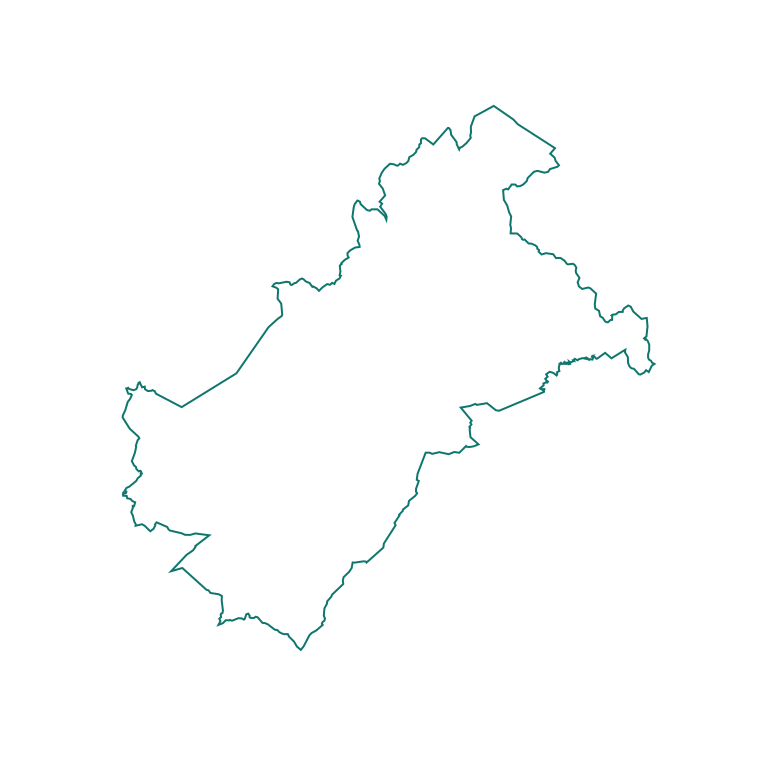 San Julián, Jalisco, Mexico (Mercator projection), rotated 223°
{"feature_id": "50627088B41443531165515", "entity_name": "San Julián", "entity_type": "district", "adm_level": 2, "iso_a3": "MEX", "parent_name": "Mexico", "parent_adm1": "Jalisco", "projection": "mercator", "projection_center": [-102.176, 20.994], "detail": "fine", "context": "isolated", "style": "outline", "palette": "teal", "viewbox_px": 768, "rotation_deg": 223, "n_neighbors": 0, "source": "geoboundaries", "source_scale": "gbopen_adm2", "svg_char_len": 6163}
<svg xmlns="http://www.w3.org/2000/svg" viewBox="0 0 768 768"><g transform="rotate(223 384 384)"><path d="M493.4,662.2L500.3,641.5L495.9,631.3L491.9,627.3L490.2,624.3L488.4,623.2L488.0,616.5L488.6,610.7L489.6,608.7L488.9,606.8L494.4,609.0L495.9,610.4L504.9,612.1L508.6,615.1L511.3,615.4L511.9,614.9L511.3,592.8L521.5,591.7L523.7,589.8L523.7,588.0L521.1,585.2L521.5,583.3L519.8,581.3L519.9,577.3L518.8,575.8L518.8,571.5L520.2,567.2L518.3,563.7L518.3,561.0L519.6,557.2L522.5,556.1L522.8,553.3L523.4,552.5L526.6,551.4L529.8,549.2L530.4,541.8L529.7,537.0L527.6,531.0L525.5,529.8L524.2,527.0L518.3,526.1L511.8,522.7L511.5,514.3L508.4,514.6L507.7,511.1L498.9,509.5L496.1,508.1L494.3,505.7L498.0,507.3L507.9,507.3L512.2,503.3L512.5,501.1L515.1,499.6L523.7,499.6L526.0,500.9L528.6,500.0L528.1,495.6L526.8,492.8L521.0,484.6L508.3,477.9L507.3,478.0L502.8,474.8L501.0,470.8L496.7,468.9L495.3,467.6L498.2,464.1L499.8,458.9L500.0,454.8L498.2,453.1L496.1,452.4L497.4,447.9L497.6,443.2L496.8,443.0L497.1,440.5L492.6,436.5L490.5,433.2L489.4,433.8L488.5,430.9L489.6,426.9L488.5,423.3L490.9,422.6L491.2,419.7L493.7,418.3L494.9,412.8L495.1,407.8L498.6,408.0L502.4,407.0L502.6,406.2L507.4,407.1L511.0,405.7L514.5,405.7L516.0,405.1L516.9,402.9L517.3,398.0L518.3,396.6L519.0,393.5L520.1,392.9L522.4,394.0L525.1,392.2L529.7,385.7L531.5,384.7L532.5,382.3L532.2,379.4L528.3,381.0L526.0,381.1L520.0,373.8L514.0,372.7L505.6,365.2L505.2,363.8L506.2,358.8L507.2,346.8L499.2,291.2L516.2,229.1L544.1,221.4L546.9,222.4L549.2,221.6L549.3,220.7L551.9,217.8L555.2,217.2L557.2,218.9L558.7,216.6L563.9,218.7L564.3,217.2L563.5,216.4L563.5,215.1L562.1,213.2L561.7,211.1L563.0,208.6L567.8,206.2L568.4,206.7L569.5,205.0L564.5,202.5L562.3,204.1L561.0,204.1L559.5,199.8L559.2,196.1L555.4,188.5L553.6,183.0L552.4,181.3L539.5,177.9L527.6,178.0L525.9,177.4L525.9,175.0L523.4,169.6L522.6,169.3L519.4,164.1L515.8,155.6L511.2,154.0L509.0,154.2L506.9,152.9L503.8,152.9L503.1,154.3L502.3,154.4L500.1,153.4L500.9,152.7L499.4,151.2L499.8,147.0L499.1,144.2L500.3,135.1L501.5,132.5L500.9,129.4L498.9,129.5L498.3,128.0L499.0,127.2L500.6,127.3L500.6,126.5L498.7,124.4L495.8,126.6L493.8,125.3L491.1,127.0L488.0,126.8L485.3,127.8L483.6,124.5L483.5,123.8L484.5,123.4L482.9,121.6L481.5,117.9L478.0,116.5L472.6,113.0L469.8,112.1L469.0,110.9L465.3,116.4L462.4,117.1L454.5,116.9L453.8,121.1L454.9,124.6L455.7,125.1L456.0,127.7L445.0,131.6L442.4,130.7L440.5,130.9L430.0,136.9L426.8,137.9L422.8,141.5L420.1,146.0L408.6,154.2L411.5,136.7L410.8,136.4L410.2,132.3L411.9,124.3L412.0,101.9L406.0,111.9L373.5,112.4L371.6,113.4L368.4,112.8L361.5,117.5L358.0,118.4L355.2,115.1L347.1,108.3L345.9,106.1L346.5,105.1L346.3,104.1L344.2,102.4L344.4,100.0L341.9,99.0L340.8,94.9L338.7,99.2L338.6,103.4L336.2,105.3L335.9,106.3L333.7,107.2L330.8,113.4L328.1,115.6L325.8,116.1L325.6,117.0L327.6,121.7L326.7,123.5L324.2,122.9L323.5,121.9L322.1,121.9L319.5,124.3L319.1,126.3L317.2,127.2L310.0,126.4L308.1,127.9L305.1,129.0L296.5,129.8L294.0,131.4L291.6,131.1L288.8,131.8L286.4,132.9L283.8,135.5L280.9,134.4L274.3,134.3L268.7,132.6L263.5,132.8L263.9,137.6L267.2,149.5L267.1,152.6L265.5,157.3L264.5,166.0L265.9,166.2L266.6,168.2L266.1,170.2L267.2,172.2L270.1,173.6L274.5,179.2L275.9,184.5L277.3,186.2L277.5,192.4L278.3,194.7L277.4,209.9L280.3,212.4L281.8,215.3L281.4,222.6L282.1,227.3L285.2,232.1L283.6,233.4L278.0,240.4L275.9,241.9L275.0,241.5L272.9,263.9L275.3,267.3L279.2,288.6L281.6,289.6L283.0,298.4L283.8,298.6L283.7,303.9L284.5,305.1L283.5,311.7L286.0,315.6L284.9,323.5L285.3,326.8L287.2,327.1L289.1,329.2L292.4,336.8L294.7,336.3L298.2,341.2L306.7,362.2L304.0,364.7L301.1,365.8L297.0,371.9L288.8,376.8L286.3,382.1L282.0,385.1L281.7,394.5L281.0,394.3L278.4,396.3L275.9,399.6L273.7,404.3L284.5,404.1L290.7,409.5L291.1,410.7L292.3,410.9L292.5,414.1L294.5,414.5L294.8,416.9L311.8,419.1L306.3,426.3L303.6,431.7L301.9,432.0L295.6,440.2L284.3,441.1L281.6,442.9L261.6,487.3L263.3,489.6L263.8,489.1L263.0,487.8L265.3,488.0L265.1,487.5L266.9,487.1L266.4,492.0L267.8,493.1L266.6,495.6L265.6,496.3L265.6,497.5L266.3,497.6L267.0,496.6L267.9,497.5L269.6,497.8L269.3,500.9L272.0,501.7L271.2,505.9L267.5,507.7L263.6,507.9L263.7,508.9L265.5,510.7L264.5,513.0L266.3,514.2L268.1,516.2L268.7,518.2L269.4,518.3L269.1,520.2L267.8,519.8L266.0,521.7L266.0,522.2L267.0,522.2L267.1,523.0L265.4,522.6L265.5,523.4L264.2,523.2L263.9,523.8L264.8,524.3L264.3,524.9L262.6,524.2L261.6,525.6L263.7,526.7L262.4,526.8L261.2,529.4L261.9,530.0L260.7,530.6L261.7,531.0L261.7,532.5L258.6,533.3L258.4,535.1L256.3,538.5L254.2,539.7L254.8,540.1L254.2,541.2L253.1,540.7L251.6,541.2L251.9,541.7L250.3,541.7L250.1,542.8L248.2,544.0L248.6,545.1L249.6,545.9L250.3,545.6L250.8,546.7L250.4,547.2L250.4,546.7L249.5,546.7L248.4,547.5L246.0,547.3L245.4,548.0L243.5,557.6L235.2,557.9L230.9,573.7L229.4,571.5L224.0,570.0L220.0,565.9L216.5,564.3L213.9,564.2L211.5,565.6L204.3,564.9L202.9,565.8L201.5,569.8L201.8,572.8L198.5,573.3L200.6,579.9L199.9,583.1L202.5,582.4L204.6,583.1L206.7,582.6L208.7,583.3L211.0,585.7L213.0,589.5L216.9,593.7L220.3,595.3L223.1,595.5L223.1,594.6L224.9,594.7L224.5,597.8L230.6,605.9L236.9,611.5L240.1,607.2L251.1,607.0L256.2,608.8L258.9,608.0L260.0,603.1L259.5,600.6L258.6,599.6L261.4,596.8L262.0,593.0L264.1,590.6L264.3,589.4L263.6,589.5L260.9,586.5L262.0,585.3L262.3,581.9L263.5,580.9L265.1,580.6L269.1,581.6L272.2,581.0L276.6,584.1L281.0,583.3L284.2,586.0L290.5,594.8L298.4,594.7L300.5,593.8L303.8,588.7L307.9,588.3L311.7,590.4L313.4,594.9L319.2,596.2L321.1,597.6L322.7,600.3L325.8,601.1L327.8,600.8L331.0,597.0L332.1,596.6L336.3,597.3L341.0,596.5L344.1,593.4L348.8,594.3L354.8,590.1L357.1,586.2L361.1,586.2L361.9,587.7L364.2,587.5L365.3,588.6L367.9,588.6L371.9,587.2L374.1,585.4L379.6,585.6L380.7,584.3L382.0,584.1L383.5,585.0L389.2,584.9L394.1,580.5L397.6,584.8L400.1,586.4L405.3,593.3L409.4,594.8L415.7,598.6L421.9,600.4L429.1,607.0L427.8,610.1L425.9,611.0L426.7,617.0L424.0,619.4L421.4,619.3L419.4,621.6L418.3,624.6L418.0,629.7L419.4,632.7L419.1,641.4L417.2,644.5L410.8,648.0L408.7,651.0L409.2,654.4L405.3,661.2L405.2,663.3L410.6,664.2L413.6,665.9L419.5,665.8L419.8,673.1L463.5,665.2L469.7,665.7L493.4,662.2Z" fill="none" stroke="#0f766e" stroke-width="2"/></g></svg>